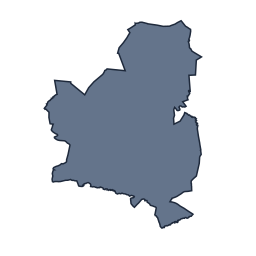 Chapa de Mota, México, Mexico (Robinson projection), rotated 83°
{"feature_id": "50627088B57428074978837", "entity_name": "Chapa de Mota", "entity_type": "district", "adm_level": 2, "iso_a3": "MEX", "parent_name": "Mexico", "parent_adm1": "México", "projection": "robinson", "projection_center": [-99.535, 19.819], "detail": "fine", "context": "isolated", "style": "filled", "palette": "slate", "viewbox_px": 256, "rotation_deg": 83, "n_neighbors": 0, "source": "geoboundaries", "source_scale": "gbopen_adm2", "svg_char_len": 5779}
<svg xmlns="http://www.w3.org/2000/svg" viewBox="0 0 256 256"><g transform="rotate(83 128 128)"><path d="M221.5,74.0L221.0,74.5L218.9,77.1L216.0,80.5L214.8,81.8L211.9,85.7L209.6,88.1L208.6,89.5L207.8,90.9L206.8,93.4L206.3,95.3L205.5,94.6L205.1,94.6L203.8,93.2L203.2,93.1L202.4,89.6L201.9,87.9L199.7,83.2L198.3,80.8L198.0,79.5L198.2,76.1L198.0,72.4L196.5,72.3L193.4,72.0L192.4,72.1L191.2,71.8L190.6,72.1L188.2,71.7L186.2,69.2L184.0,66.0L171.8,61.6L165.5,60.4L164.8,60.0L163.2,58.6L159.7,58.6L158.9,58.8L158.7,58.4L153.0,58.7L151.4,58.7L144.7,59.1L137.7,59.3L136.5,59.2L134.4,58.5L134.4,58.8L133.3,59.6L132.6,59.5L132.5,58.5L131.9,58.5L131.7,59.4L131.4,59.4L131.2,59.3L130.9,59.8L130.2,60.2L129.0,59.1L128.3,60.0L127.9,59.6L127.7,59.7L127.2,59.1L126.2,60.3L125.8,60.0L125.2,61.2L125.2,61.7L125.4,62.1L125.1,62.2L125.1,62.9L124.6,63.0L124.7,63.5L124.1,63.5L123.9,64.4L123.5,64.7L122.6,65.3L122.6,66.4L121.6,67.0L120.9,68.0L120.7,67.9L119.6,69.8L121.8,70.8L126.9,74.9L127.6,75.5L129.8,81.9L123.9,81.6L121.1,80.3L118.2,80.3L115.5,80.4L113.2,79.2L114.9,78.0L116.5,77.2L116.8,76.5L116.8,75.8L116.5,74.5L116.3,74.3L115.6,74.2L115.0,74.4L114.3,74.5L113.9,74.8L113.5,74.9L113.3,74.6L112.9,74.3L112.6,73.9L112.5,73.4L112.6,72.8L112.8,72.5L113.7,71.7L113.8,71.3L113.7,70.5L114.1,69.0L113.5,67.7L108.6,70.5L107.3,65.0L106.5,65.4L105.6,65.2L104.8,65.3L104.7,65.2L103.6,65.3L103.6,64.7L103.3,64.0L102.5,63.7L101.4,62.6L101.1,62.5L100.8,62.5L100.2,62.9L99.8,63.0L98.8,63.4L98.4,63.3L98.3,63.1L98.6,63.0L99.1,62.3L99.2,61.8L83.1,61.1L83.6,54.6L68.9,51.9L66.4,46.4L60.7,53.7L59.2,55.4L58.8,55.4L57.4,56.0L57.1,56.0L56.7,56.3L56.7,56.6L55.7,57.2L53.6,57.1L51.4,57.2L49.5,57.6L49.2,57.5L49.2,56.7L48.8,56.4L48.1,56.4L48.0,56.7L47.6,56.9L46.5,56.4L45.7,55.9L44.3,55.5L44.3,55.4L43.1,55.0L39.6,54.0L37.7,53.9L36.9,55.0L35.1,57.0L34.0,58.5L28.0,62.2L29.4,66.1L30.6,68.6L31.5,72.7L32.0,74.4L31.4,80.7L29.5,86.4L26.9,96.0L26.7,96.1L24.7,101.2L24.5,103.4L25.1,104.8L25.1,107.4L25.0,108.0L24.9,108.1L26.6,108.3L29.2,113.6L30.3,116.2L33.6,114.5L36.8,117.0L38.1,117.9L42.9,122.3L47.2,127.0L52.5,129.2L52.9,128.1L70.8,123.8L66.8,141.6L67.8,142.9L68.1,144.0L69.4,144.7L70.9,145.8L71.8,146.7L78.0,156.2L83.2,162.1L89.8,166.9L76.7,179.4L75.3,179.2L71.8,195.0L86.0,194.3L86.1,195.2L86.8,196.6L87.6,197.8L88.1,197.9L88.1,198.8L89.2,199.1L89.2,200.3L89.7,200.2L90.3,201.2L91.1,201.9L91.0,202.2L91.3,202.6L91.3,202.8L92.5,204.5L93.9,205.0L94.1,205.3L94.2,205.9L94.9,205.6L95.1,205.8L95.4,205.7L98.3,208.7L98.8,208.3L99.3,208.1L99.2,207.3L102.7,204.5L108.0,205.2L114.3,204.8L115.1,201.8L116.1,202.4L117.8,203.0L120.3,204.3L121.1,204.2L121.8,203.7L122.9,202.8L124.7,200.7L125.7,199.0L126.3,198.7L126.6,198.7L126.9,198.9L127.3,199.6L128.0,202.1L128.3,202.2L128.8,202.2L129.9,201.3L131.2,199.6L131.7,198.4L132.1,197.1L133.0,192.4L134.1,191.1L135.7,189.9L136.2,188.9L137.7,187.7L138.0,187.7L146.9,190.7L152.2,192.9L153.0,192.9L153.8,193.1L154.3,193.4L155.1,195.0L155.6,196.6L155.6,197.2L155.3,198.0L155.3,198.4L156.4,200.1L157.1,202.3L157.3,203.9L158.2,206.5L158.9,207.1L159.2,207.3L159.7,207.3L159.9,207.2L160.5,206.4L160.5,206.6L161.0,207.4L163.1,208.4L163.6,208.4L164.0,208.7L166.2,208.5L166.8,208.6L169.5,209.6L172.0,209.5L172.3,209.1L172.5,208.7L172.3,207.8L172.3,206.6L172.5,204.8L172.8,203.5L172.9,201.5L172.3,196.5L172.5,194.0L172.1,191.2L172.7,190.7L173.2,189.7L173.2,189.0L173.4,188.2L174.0,187.0L174.1,185.7L174.2,185.3L177.1,184.5L179.5,184.0L180.0,182.9L180.4,181.1L180.4,180.1L179.9,179.2L179.2,179.8L178.9,179.2L178.9,178.6L178.0,178.3L177.9,177.8L178.0,176.6L177.7,176.3L177.3,174.5L177.4,173.9L177.8,173.4L178.3,173.0L178.7,172.3L179.0,172.1L179.8,171.9L180.5,171.9L181.5,172.3L181.6,172.2L181.8,171.1L182.1,170.5L182.2,169.9L182.0,169.2L182.2,168.6L183.0,167.2L183.1,166.5L183.6,166.0L183.6,164.4L183.8,163.3L183.2,162.9L183.2,162.6L184.4,160.3L185.0,159.9L185.6,160.0L186.2,158.9L186.3,158.3L185.9,158.1L185.7,157.7L185.9,157.0L185.9,156.2L186.3,155.9L186.9,156.2L187.0,155.2L187.5,154.7L187.0,154.0L186.9,153.3L187.1,153.1L187.7,153.0L187.8,152.8L187.8,152.5L187.2,152.4L187.2,152.2L187.9,151.2L187.6,150.9L188.0,150.7L187.8,150.5L187.9,150.1L188.1,149.9L188.4,149.9L188.4,149.3L188.5,149.1L189.0,149.3L189.2,148.6L189.4,148.4L189.8,148.5L191.1,148.1L192.2,146.6L191.9,145.2L191.9,144.4L192.3,143.6L192.4,143.1L192.0,142.2L192.0,141.8L192.7,140.5L193.1,138.7L194.2,137.0L194.3,136.2L194.5,135.7L195.8,134.8L195.6,134.3L195.6,133.8L195.3,133.2L195.3,132.8L195.4,132.4L195.7,132.0L195.9,131.3L196.2,131.0L196.5,130.3L197.0,130.1L197.8,131.0L198.0,133.4L198.2,133.9L198.6,134.1L203.4,134.2L204.6,133.5L206.2,132.5L207.5,131.3L204.8,128.1L203.9,126.8L200.9,123.5L200.6,123.2L200.3,121.5L200.8,120.2L201.2,119.9L202.0,120.2L202.3,120.1L202.2,118.7L202.3,118.1L202.6,118.0L203.6,118.0L204.1,117.9L204.7,117.0L205.9,115.8L207.4,115.2L207.7,114.7L208.2,113.3L209.4,111.2L209.7,110.4L210.0,110.1L210.4,109.8L210.8,109.7L213.2,110.5L216.6,111.6L217.2,111.9L218.3,111.6L218.5,110.9L218.9,110.5L220.1,110.1L220.4,109.6L225.6,108.6L225.9,108.4L226.5,108.3L228.3,108.0L229.5,108.0L230.6,107.3L231.5,106.5L231.1,105.3L230.8,105.0L231.2,104.6L231.2,104.1L229.8,103.4L229.6,101.5L229.9,101.3L229.9,100.9L229.6,99.9L229.2,99.4L229.3,99.0L229.3,98.7L229.2,98.8L229.0,98.6L228.9,98.4L229.0,98.2L228.0,95.9L227.7,95.5L227.4,95.5L227.4,94.5L227.2,93.9L227.2,93.7L227.9,93.3L227.9,93.2L227.0,93.3L226.9,93.1L227.2,92.0L227.1,91.9L226.7,92.2L226.7,91.9L226.8,91.6L227.7,91.0L227.8,90.6L227.7,90.2L227.1,89.9L226.3,90.1L226.0,90.0L225.8,89.8L225.9,89.6L226.1,89.3L226.1,89.1L225.5,88.7L225.6,87.7L224.5,86.2L224.6,85.3L224.2,84.3L224.5,82.9L223.8,82.1L224.1,81.1L224.5,80.8L224.7,80.4L224.7,79.7L224.0,78.3L223.4,78.1L223.3,77.2L223.3,76.0L222.1,74.7L221.5,74.0Z" fill="#64748b" stroke="#1e293b" stroke-width="1.5"/></g></svg>